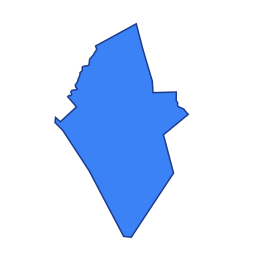 the district of Marcos Parente, Piauí, Brazil, rotated 317°
{"feature_id": "56859067B36922386289934", "entity_name": "Marcos Parente", "entity_type": "district", "adm_level": 2, "iso_a3": "BRA", "parent_name": "Brazil", "parent_adm1": "Piauí", "projection": "natural_earth1", "projection_center": [-43.865, -7.082], "detail": "fine", "context": "isolated", "style": "filled", "palette": "blue", "viewbox_px": 256, "rotation_deg": 317, "n_neighbors": 0, "source": "geoboundaries", "source_scale": "gbopen_adm2", "svg_char_len": 878}
<svg xmlns="http://www.w3.org/2000/svg" viewBox="0 0 256 256"><g transform="rotate(317 128 128)"><path d="M114.4,63.3L112.6,62.2L110.7,62.7L109.6,65.2L108.2,65.4L107.1,63.9L105.3,64.0L104.7,77.4L82.8,77.3L82.2,70.9L78.4,74.2L78.5,78.6L78.7,85.1L70.5,132.4L69.9,134.7L50.9,204.3L55.9,210.1L117.3,195.2L130.6,192.0L149.3,157.1L181.4,159.1L181.4,157.5L181.4,155.3L181.7,152.2L180.9,150.4L180.3,148.6L179.2,146.7L180.2,144.5L181.4,143.7L181.9,141.1L183.2,139.4L184.9,137.8L186.4,136.2L187.8,134.6L170.4,119.2L177.8,110.2L188.7,88.2L193.6,78.6L205.1,57.4L162.5,46.5L160.2,45.9L158.9,48.9L157.2,49.7L154.4,50.2L152.8,50.9L146.9,51.5L145.1,53.0L143.7,54.2L142.5,55.4L140.0,54.4L138.7,53.1L136.2,52.2L133.5,54.9L130.7,54.8L129.0,56.4L127.3,57.3L124.9,58.3L122.5,59.8L118.8,60.6L117.6,62.5L117.6,64.9L115.7,64.6L114.4,63.3Z" fill="#3b82f6" stroke="#1e3a8a" stroke-width="1.5"/></g></svg>